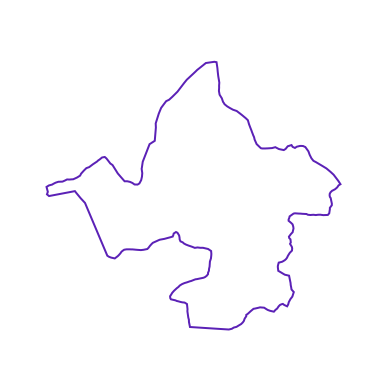 Akoko-Edo, Edo, Nigeria, rotated 193°
{"feature_id": "59680162B54275853767873", "entity_name": "Akoko-Edo", "entity_type": "district", "adm_level": 2, "iso_a3": "NGA", "parent_name": "Nigeria", "parent_adm1": "Edo", "projection": "orthographic", "projection_center": [6.117, 7.352], "detail": "fine", "context": "isolated", "style": "outline", "palette": "violet", "viewbox_px": 384, "rotation_deg": 193, "n_neighbors": 0, "source": "geoboundaries", "source_scale": "gbopen_adm2", "svg_char_len": 4266}
<svg xmlns="http://www.w3.org/2000/svg" viewBox="0 0 384 384"><g transform="rotate(193 192 192)"><path d="M239.0,271.6L241.0,267.0L242.0,260.9L242.8,250.7L241.7,246.7L239.8,233.5L244.1,229.1L246.8,210.4L246.3,204.2L246.3,203.3L244.7,199.2L244.2,195.7L244.2,192.1L245.2,188.5L246.7,187.0L248.7,186.6L249.7,186.4L252.1,187.4L254.6,187.9L257.6,187.9L260.1,187.3L265.1,190.9L268.5,193.4L271.0,195.9L274.0,198.9L275.5,200.4L278.0,201.4L281.0,203.9L283.0,205.5L284.9,206.5L287.4,205.4L289.4,202.8L290.4,201.8L291.4,200.3L294.8,196.7L297.8,193.1L300.3,191.5L302.2,188.5L304.2,184.9L304.7,182.8L307.2,180.3L308.6,179.2L310.6,177.7L312.6,177.1L314.1,176.6L316.6,176.1L318.5,174.5L320.5,173.0L324.5,171.9L327.0,170.4L328.9,168.8L329.9,167.8L332.9,166.2L334.9,164.2L332.5,159.7L332.8,157.1L330.4,155.9L306.3,166.5L304.7,165.2L299.1,160.9L296.3,159.0L293.8,157.3L260.2,110.9L258.3,110.2L256.1,109.9L252.3,109.9L249.9,112.8L248.9,114.4L247.9,116.3L247.3,117.9L246.3,119.2L245.1,120.5L242.9,121.4L240.3,122.0L238.4,122.4L236.9,122.7L232.5,123.3L228.7,123.9L226.2,124.8L222.7,126.4L221.8,127.9L220.8,130.2L219.5,132.5L218.7,133.7L212.8,138.2L210.5,139.2L208.4,140.1L204.3,142.3L202.4,143.3L201.5,143.9L200.8,144.2L200.5,145.8L200.5,147.4L198.6,149.4L197.0,149.0L194.8,146.8L193.9,144.8L193.3,142.9L192.1,141.3L189.9,140.9L189.2,140.6L188.8,140.3L188.2,140.0L186.0,139.4L183.2,139.0L181.0,138.8L179.2,138.6L176.7,138.2L174.2,139.2L171.4,139.5L168.6,140.1L167.3,140.1L164.6,140.1L163.5,140.1L160.1,138.8L159.2,136.0L158.9,134.1L158.6,131.5L158.9,128.3L158.1,123.3L158.1,120.7L157.8,119.1L158.2,116.9L157.9,115.6L158.8,113.7L160.1,112.1L161.4,111.1L163.3,110.2L165.5,109.2L167.4,108.3L169.0,107.7L170.5,106.7L172.8,105.1L174.0,104.5L176.5,102.9L178.8,101.6L181.0,100.0L182.9,98.1L183.8,96.5L185.2,94.8L187.3,91.7L188.6,89.3L189.3,87.1L189.7,86.1L189.9,85.5L189.3,83.7L188.4,82.7L186.5,82.7L183.7,82.7L182.4,82.4L180.6,82.4L178.7,82.3L176.8,82.3L176.7,82.3L174.3,82.6L171.7,81.7L170.9,79.4L170.0,76.8L169.7,74.9L169.1,73.3L167.4,68.9L166.3,66.8L165.7,64.6L163.6,60.0L152.6,61.8L136.7,64.4L125.2,66.3L122.4,67.7L120.8,69.3L118.3,70.6L116.7,72.2L114.4,74.4L113.2,76.3L112.5,77.9L112.2,80.5L111.2,83.1L111.5,84.4L110.2,85.9L108.0,89.1L105.8,92.0L104.4,92.6L100.9,94.3L99.8,94.9L95.7,95.5L92.9,94.5L91.6,94.1L89.1,93.8L87.2,93.8L85.3,93.8L84.1,96.0L82.8,97.6L82.2,99.2L81.8,100.2L80.8,101.8L79.6,102.7L78.3,103.4L76.8,102.7L73.6,102.0L73.0,104.0L72.9,106.5L72.0,109.8L70.7,112.6L70.3,117.4L73.1,119.4L74.0,121.6L74.9,123.6L75.5,125.5L78.6,132.3L80.2,132.3L81.1,132.3L83.0,132.3L85.2,133.0L87.0,133.6L90.2,134.6L91.4,137.9L91.7,139.1L91.7,141.1L91.6,142.7L90.4,143.3L88.5,144.3L87.5,145.2L86.2,146.5L85.3,147.8L84.6,149.4L84.3,151.0L83.7,152.9L83.0,154.8L81.4,157.4L81.7,159.6L82.3,160.9L83.0,161.7L84.8,163.5L84.4,165.1L85.4,168.0L86.9,169.0L87.5,170.3L86.9,171.6L86.2,173.2L85.4,174.6L84.9,175.4L84.9,177.7L84.9,179.3L85.5,180.9L86.7,183.1L88.3,184.1L91.4,185.7L91.7,187.0L91.4,188.6L91.4,190.2L88.2,193.8L86.9,194.4L85.0,194.7L83.1,195.0L81.6,195.3L79.4,195.6L75.5,196.3L74.0,195.9L71.5,196.2L68.7,197.1L66.1,197.4L64.3,198.1L62.1,198.7L58.9,199.0L56.7,199.6L54.5,200.2L53.5,202.1L53.8,206.3L54.1,207.6L53.4,209.2L52.8,210.5L53.1,212.1L53.7,213.4L54.6,215.3L55.5,217.3L56.5,218.2L57.1,219.5L57.4,221.1L57.0,222.8L55.8,224.7L54.8,225.5L53.2,226.9L51.6,229.1L50.7,231.4L49.1,233.0L51.9,235.7L54.9,238.2L57.9,240.7L61.4,242.7L66.3,245.2L70.8,246.7L78.0,249.0L80.7,249.7L83.2,251.7L85.7,254.7L87.7,257.8L91.7,261.3L91.8,261.3L94.2,261.8L97.1,261.2L100.1,259.7L101.6,258.1L104.1,258.6L105.1,259.6L105.6,260.1L109.0,258.1L110.5,255.0L112.0,253.5L117.0,253.4L120.9,254.4L123.9,252.8L128.9,251.3L133.3,250.2L134.8,250.2L137.3,251.7L139.8,253.2L142.8,257.2L143.8,259.3L145.3,261.3L146.0,262.4L147.3,264.3L147.7,265.0L149.7,267.9L151.7,270.9L153.7,274.5L156.2,276.0L161.2,278.5L166.7,281.0L170.6,281.4L174.1,282.4L177.1,283.4L180.1,284.9L180.6,285.5L182.1,286.9L184.0,290.0L187.0,293.0L188.5,296.5L189.0,299.6L189.5,301.6L190.0,304.7L191.0,307.2L192.5,310.8L194.1,315.3L195.1,318.4L197.3,324.0L199.5,323.9L207.5,320.8L214.4,312.1L215.8,309.9L217.4,307.5L222.3,300.3L224.3,296.2L228.7,286.5L232.6,280.3L235.1,276.7L237.6,274.7L239.0,271.6Z" fill="none" stroke="#5b21b6" stroke-width="2"/></g></svg>